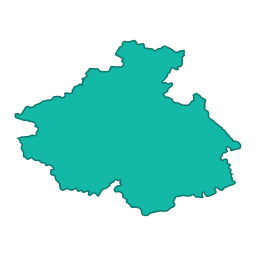 an SVG outline of Gorno-Altay
{"feature_id": "RUS-2400", "entity_name": "Gorno-Altay", "entity_type": "Republic", "adm_level": 1, "iso_a3": "RUS", "parent_name": "Russia", "parent_adm1": "", "projection": "equal_earth", "projection_center": [87.215, 50.869], "detail": "fine", "context": "isolated", "style": "filled", "palette": "teal", "viewbox_px": 256, "rotation_deg": 0, "n_neighbors": 0, "source": "natural_earth", "source_scale": "10m", "svg_char_len": 5764}
<svg xmlns="http://www.w3.org/2000/svg" viewBox="0 0 256 256"><path d="M161.8,210.8L157.9,211.2L150.5,213.1L149.7,213.1L149.0,214.2L148.5,214.7L147.1,215.4L145.6,215.5L142.6,214.8L142.0,213.4L141.2,209.9L140.6,208.9L137.4,207.2L136.3,207.0L133.0,207.3L132.0,207.2L131.0,206.7L130.7,206.2L130.5,205.1L126.6,202.2L126.3,201.6L126.8,200.7L127.3,200.1L127.4,199.7L123.4,197.5L122.8,196.7L122.8,195.6L123.2,193.8L119.7,191.7L118.8,191.5L116.2,191.9L115.2,191.4L114.5,190.6L114.2,189.9L114.4,189.2L115.0,188.3L116.4,186.6L117.2,186.1L119.8,185.7L121.4,184.6L120.0,183.2L119.9,182.6L120.7,181.0L120.7,180.4L120.3,180.2L117.8,180.5L116.2,179.7L115.0,179.6L114.4,180.3L114.0,181.4L113.2,182.2L112.4,182.2L111.4,183.0L109.6,183.9L110.0,185.0L109.7,185.8L109.0,186.0L106.5,188.0L104.0,188.8L101.8,190.1L99.5,194.4L98.1,196.0L96.5,194.6L95.5,193.2L93.9,192.9L92.3,193.5L90.4,195.1L89.8,195.3L89.1,195.1L88.5,194.6L88.9,191.3L86.6,191.1L83.8,192.4L83.2,192.2L82.1,190.9L81.4,190.6L80.6,190.6L78.5,191.2L77.9,191.0L77.3,190.4L76.8,189.0L76.3,188.4L75.6,188.3L73.0,189.8L70.9,190.1L69.9,189.8L68.2,188.8L67.3,188.5L65.7,188.9L64.2,189.8L62.6,190.2L61.1,189.5L60.0,188.0L59.7,184.1L58.9,182.7L56.4,180.3L55.7,179.4L55.3,176.9L54.8,175.8L53.9,175.2L51.7,174.8L50.9,174.1L50.7,172.8L51.0,170.0L53.1,169.6L53.7,169.3L53.8,168.5L51.8,165.8L49.3,164.9L48.4,164.8L46.5,165.6L46.0,165.3L45.1,163.4L44.7,163.0L44.0,162.7L42.0,162.8L40.8,162.1L39.0,160.4L36.2,160.4L34.9,160.1L33.7,159.5L32.6,158.4L31.3,157.5L28.5,159.1L27.0,159.0L26.0,157.6L23.9,156.8L23.6,155.9L23.6,152.6L22.8,151.0L21.8,149.5L21.3,148.0L22.1,145.3L22.1,144.4L21.7,143.6L20.4,142.4L19.8,140.1L18.6,138.7L18.1,138.4L18.8,138.0L21.7,137.1L28.6,136.6L32.3,135.1L34.0,135.7L35.6,135.7L36.3,134.7L36.4,132.5L36.6,131.9L38.0,130.1L38.2,129.2L38.2,128.3L37.9,127.5L37.6,127.1L35.3,126.6L35.2,126.1L35.5,124.6L35.4,123.7L35.0,123.1L34.4,122.6L33.1,121.9L28.6,121.1L26.7,120.0L24.7,120.5L15.8,117.5L15.4,117.1L15.4,114.5L15.7,113.9L17.8,113.7L18.7,114.0L19.9,115.0L20.7,114.8L21.8,113.6L26.0,106.9L28.4,106.5L29.8,107.6L30.4,107.7L34.0,106.6L34.6,106.1L34.8,105.3L40.6,103.1L42.8,101.2L45.4,100.9L48.5,100.0L50.8,100.1L51.3,99.8L53.3,97.4L54.0,96.9L56.9,96.5L59.6,96.6L60.8,97.0L61.7,97.8L62.6,97.9L64.9,96.4L65.2,96.0L65.4,95.0L64.7,93.9L65.1,93.2L65.8,93.0L70.1,93.5L71.8,93.1L72.7,91.7L72.2,90.5L72.3,90.1L73.5,89.0L74.4,86.7L76.9,86.2L78.3,85.3L79.5,84.2L80.1,84.2L81.1,85.0L82.4,85.3L82.1,84.7L82.2,83.0L83.0,81.7L82.7,81.0L83.8,80.1L84.1,79.7L82.2,79.0L82.9,78.4L84.8,77.8L87.4,76.2L85.8,73.7L86.0,73.2L86.6,72.3L88.7,70.6L89.1,69.8L89.2,68.9L89.9,68.7L97.9,69.0L98.4,69.1L98.7,70.1L99.0,70.5L100.6,71.3L102.3,71.7L106.2,71.8L108.4,71.5L109.4,70.8L109.9,69.1L110.8,68.2L110.7,67.2L111.2,66.7L112.9,66.6L116.6,67.1L119.2,66.9L120.9,67.1L121.6,66.9L123.2,65.4L123.5,64.7L123.5,63.0L122.3,61.9L121.9,61.2L122.0,60.6L123.0,59.3L123.1,58.6L118.0,55.8L116.4,55.2L115.7,54.6L115.7,53.9L119.3,47.8L120.1,46.9L121.7,46.4L122.4,45.8L122.5,45.2L122.3,44.1L122.5,43.1L123.8,41.7L124.6,41.3L126.2,41.9L128.4,42.0L134.7,40.5L136.8,43.1L136.5,43.9L136.9,44.3L138.3,44.5L142.9,43.8L143.5,43.9L143.8,44.4L144.3,46.6L144.3,47.6L144.6,48.0L152.2,49.0L152.9,49.4L153.8,50.5L154.3,50.8L155.7,50.6L158.1,48.9L161.6,48.1L163.1,46.4L165.2,46.2L167.6,47.6L168.7,47.8L170.3,48.6L172.4,49.9L173.9,51.4L176.1,52.5L177.5,52.2L180.1,51.0L184.1,50.6L184.3,50.8L184.4,51.5L183.7,54.0L184.2,54.8L184.3,55.3L182.0,57.5L182.3,62.9L182.1,64.3L181.4,65.9L180.8,66.4L177.7,66.8L177.3,67.3L177.3,67.8L178.3,69.0L176.6,69.7L175.6,69.5L173.3,67.7L172.8,67.6L171.9,68.2L171.0,69.0L170.5,69.8L170.2,70.4L170.4,71.3L169.6,72.7L168.1,73.5L167.6,74.0L167.2,76.1L164.7,79.2L162.2,81.4L162.0,82.5L162.6,83.3L164.9,82.4L166.2,82.9L167.7,84.1L171.6,83.0L172.0,83.2L172.4,83.8L172.1,85.3L171.6,86.1L168.3,88.6L167.8,89.2L167.7,90.7L167.3,91.5L163.1,94.0L165.5,97.4L165.8,97.6L166.9,97.1L167.5,97.0L172.0,99.3L172.4,99.7L172.7,100.9L173.0,101.5L175.0,102.8L178.4,103.1L182.3,105.1L187.9,105.3L189.6,104.3L191.2,101.8L193.8,100.1L193.9,97.3L193.3,95.3L193.6,94.7L196.5,93.5L199.9,95.6L201.3,97.6L204.9,99.4L205.4,99.9L205.6,100.9L204.6,103.7L204.9,106.4L204.6,109.3L205.3,110.1L207.7,111.4L208.3,112.2L208.7,113.8L208.4,115.3L208.4,116.3L209.1,117.9L210.1,118.7L213.1,120.6L214.5,122.2L218.8,125.4L219.7,126.5L222.0,127.8L222.6,129.2L224.6,130.4L226.2,132.7L228.6,135.3L229.9,137.2L232.4,139.5L232.8,141.0L236.3,141.4L238.3,142.3L239.0,142.9L240.3,144.4L240.6,145.1L240.6,146.2L240.1,147.9L239.4,148.6L236.7,149.0L231.1,150.6L230.7,150.2L231.0,149.2L230.6,148.5L228.0,146.7L227.0,146.5L226.6,147.1L226.3,149.3L226.5,149.9L227.3,151.1L227.2,151.4L225.4,152.5L223.8,152.8L222.5,153.5L222.2,154.4L222.3,155.3L222.1,155.8L221.1,156.2L220.8,156.5L220.9,158.0L220.3,159.0L220.7,159.5L222.8,160.4L223.3,160.3L224.3,159.2L226.9,159.5L227.3,160.3L227.3,162.5L227.5,163.4L228.3,164.1L230.2,164.6L230.2,165.2L228.8,167.0L228.7,167.6L229.4,168.6L230.5,169.2L230.8,169.6L230.9,171.0L230.2,172.2L230.1,172.8L230.6,173.5L232.0,174.1L231.6,174.3L231.5,174.8L231.4,177.3L232.5,178.5L232.4,179.0L231.9,179.5L231.8,180.0L232.3,180.6L234.8,181.7L235.2,182.6L234.8,183.3L234.1,183.9L231.5,185.0L227.8,186.1L226.1,187.1L224.8,187.1L223.1,189.3L222.1,190.2L220.9,190.2L219.7,189.6L217.4,187.8L216.0,187.6L214.9,188.2L214.6,189.3L215.5,190.7L216.1,192.0L215.3,193.2L214.0,194.1L208.3,196.2L206.8,196.4L206.3,196.1L204.1,192.4L203.4,192.2L202.6,192.3L202.2,192.9L202.1,195.5L202.9,197.1L202.7,197.4L195.9,196.9L194.1,195.0L193.5,194.7L192.8,194.6L189.8,195.9L187.4,196.0L183.6,195.4L176.7,196.5L175.7,197.0L175.2,197.7L174.6,199.3L173.4,201.3L174.7,204.3L174.5,205.6L173.2,206.8L170.1,208.3L168.0,210.3L167.3,210.7L163.3,211.2L161.8,210.8Z" fill="#14b8a6" stroke="#0f766e" stroke-width="1.5"/></svg>